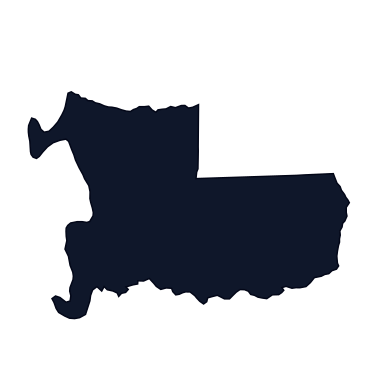 Tapira, Paraná, Brazil (Mercator projection), rotated 262°
{"feature_id": "56859067B14009728916409", "entity_name": "Tapira", "entity_type": "district", "adm_level": 2, "iso_a3": "BRA", "parent_name": "Brazil", "parent_adm1": "Paraná", "projection": "mercator", "projection_center": [-53.135, -23.338], "detail": "fine", "context": "isolated", "style": "filled", "palette": "ink", "viewbox_px": 384, "rotation_deg": 262, "n_neighbors": 0, "source": "geoboundaries", "source_scale": "gbopen_adm2", "svg_char_len": 2546}
<svg xmlns="http://www.w3.org/2000/svg" viewBox="0 0 384 384"><g transform="rotate(262 192 192)"><path d="M307.1,83.0L294.2,78.4L290.7,76.7L286.5,73.9L280.0,68.8L275.5,63.7L272.1,58.9L271.8,53.9L275.1,51.1L279.9,49.9L283.3,48.7L285.8,47.0L287.5,43.5L280.6,39.5L277.1,38.7L274.0,38.3L270.1,38.2L264.8,38.5L254.5,37.7L251.6,37.9L248.6,39.5L246.9,42.7L248.5,45.7L252.5,49.9L254.7,52.6L256.8,55.1L260.1,61.3L261.6,68.4L261.9,74.5L259.3,76.9L250.7,78.8L245.4,80.2L239.9,81.1L231.5,83.7L224.5,86.4L220.1,87.5L212.7,90.7L206.4,91.1L199.6,90.0L195.5,90.3L190.1,91.1L185.3,91.4L182.2,90.7L177.0,86.6L176.5,83.6L177.9,79.1L178.6,74.2L178.2,67.5L176.2,64.3L173.8,62.4L170.7,61.8L165.6,61.3L161.3,61.3L153.1,58.3L145.6,60.7L136.3,61.1L129.2,62.8L125.2,62.8L121.8,62.0L114.3,57.9L110.9,57.1L106.1,57.6L101.0,56.1L100.4,51.9L105.9,46.6L108.0,42.4L105.9,38.5L101.8,40.0L95.5,41.3L91.3,43.2L87.0,48.6L84.1,53.1L83.0,58.1L83.2,63.2L85.6,69.5L98.4,75.7L103.7,77.2L108.8,79.9L111.5,84.7L106.5,88.8L110.6,91.8L107.0,94.5L105.0,99.9L102.4,103.9L98.8,104.9L101.5,108.1L101.8,112.3L104.4,115.3L107.2,113.3L108.3,120.7L108.5,125.4L111.6,126.0L110.6,131.7L112.3,137.7L109.4,139.7L107.0,141.4L103.5,143.5L99.9,147.5L100.6,153.1L99.5,158.4L96.0,159.1L92.4,161.6L92.5,165.1L93.6,168.8L94.0,171.8L93.3,176.2L88.9,180.4L86.4,181.9L82.7,184.5L79.5,187.9L81.3,191.3L85.0,192.8L85.6,197.2L86.2,202.7L83.9,206.1L81.7,209.2L81.0,214.3L83.9,218.1L86.7,221.9L88.7,225.9L88.0,230.4L85.9,234.0L82.4,235.9L81.0,239.5L78.7,242.7L77.3,246.7L76.0,251.2L79.0,257.3L78.3,263.6L79.9,266.8L81.9,269.2L84.8,267.7L85.5,272.0L82.8,277.6L82.8,281.5L82.2,285.7L82.5,291.7L85.8,296.6L90.2,301.3L90.6,308.3L91.9,312.0L92.1,316.1L94.6,319.6L95.5,324.3L98.4,326.9L101.3,326.1L105.2,326.3L108.4,326.5L113.2,327.8L118.6,329.6L121.8,331.1L125.0,331.5L128.7,332.8L132.8,333.0L136.4,335.7L140.0,336.8L142.0,339.3L146.6,342.1L150.2,341.9L155.3,342.6L159.5,346.3L162.7,345.1L165.3,343.6L168.3,342.7L172.9,340.2L176.8,339.4L180.6,336.8L187.3,335.2L190.5,334.5L193.3,305.2L193.9,297.8L204.7,197.8L211.1,199.4L214.1,201.1L231.8,203.9L235.9,204.4L277.6,210.6L275.8,204.5L275.6,200.2L278.7,197.0L279.1,193.4L277.8,187.3L279.6,182.8L277.9,177.9L278.1,173.9L278.1,169.8L276.0,167.3L278.8,163.9L283.0,161.1L283.1,156.7L283.8,151.6L282.4,148.8L281.8,145.5L280.3,142.3L281.3,138.0L283.3,133.4L285.5,129.2L287.1,124.5L287.8,121.0L289.5,117.1L292.2,112.8L293.8,108.6L296.1,105.9L297.0,101.6L299.6,99.4L300.5,95.0L304.1,93.0L305.0,90.0L308.0,86.4L307.1,83.0Z" fill="#0f172a" stroke="#020617" stroke-width="1.5"/></g></svg>